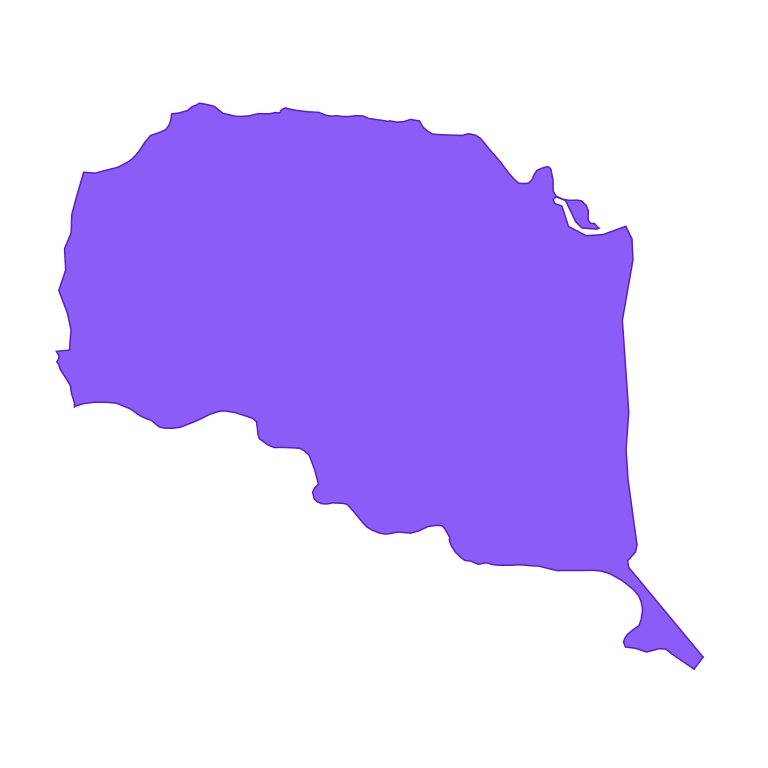 Jablah, Lattakia, Syria (Robinson projection), rotated 182°
{"feature_id": "27442178B5090378365720", "entity_name": "Jablah", "entity_type": "district", "adm_level": 2, "iso_a3": "SYR", "parent_name": "Syria", "parent_adm1": "Lattakia", "projection": "robinson", "projection_center": [36.065, 35.345], "detail": "fine", "context": "isolated", "style": "filled", "palette": "violet", "viewbox_px": 768, "rotation_deg": 182, "n_neighbors": 0, "source": "geoboundaries", "source_scale": "gbopen_adm2", "svg_char_len": 3689}
<svg xmlns="http://www.w3.org/2000/svg" viewBox="0 0 768 768"><g transform="rotate(182 384 384)"><path d="M692.6,350.3L691.5,351.2L683.1,354.0L672.4,355.7L660.5,356.0L650.8,355.5L636.8,350.3L629.4,345.5L625.0,342.9L619.7,340.8L617.7,340.3L615.8,339.9L613.6,338.2L609.2,334.7L607.2,333.4L606.6,333.0L600.0,332.1L592.5,332.5L585.9,333.7L571.6,339.9L564.1,343.7L558.3,347.0L552.0,349.5L546.7,351.2L541.8,351.5L531.7,350.2L523.8,348.0L518.8,346.5L513.7,344.9L510.2,341.9L509.4,337.4L509.0,335.1L508.2,329.2L506.6,324.9L498.3,319.3L495.2,318.0L491.7,316.7L482.4,317.1L471.8,317.0L466.1,316.8L464.3,316.0L463.0,315.4L461.7,314.8L459.5,312.9L456.4,310.4L454.1,305.1L450.3,295.8L446.0,281.6L449.9,277.6L451.6,273.4L449.7,266.6L446.5,263.9L442.1,262.2L436.8,262.1L431.1,263.4L427.1,263.3L421.4,263.3L417.9,262.8L415.7,261.5L409.2,254.7L400.1,244.4L396.2,240.6L390.9,237.6L383.5,234.9L377.8,234.0L372.0,234.8L367.1,236.1L364.0,236.5L360.5,236.4L356.1,236.0L352.1,235.9L344.1,238.4L335.2,243.0L329.0,244.2L323.7,244.6L320.7,244.2L318.1,241.2L314.4,235.4L313.1,233.3L313.2,229.9L310.7,223.9L306.3,217.9L301.1,213.2L297.2,210.6L294.1,210.2L291.5,210.2L287.1,208.4L283.2,207.1L276.1,208.8L273.9,208.7L269.9,207.4L262.9,206.9L250.9,207.3L243.4,208.0L238.6,208.0L231.1,207.5L222.7,207.4L217.0,206.1L208.6,204.3L204.2,203.5L199.4,203.8L180.4,204.5L178.8,204.6L178.1,204.6L177.1,204.7L174.9,204.8L168.2,205.1L160.3,204.6L151.9,202.4L139.3,195.9L128.1,187.7L127.5,187.3L121.9,180.9L119.4,175.3L117.7,167.7L118.8,157.5L120.7,151.6L126.1,147.4L131.9,142.4L134.6,138.1L135.6,134.3L133.5,129.6L123.4,128.6L112.3,125.3L102.1,128.4L101.0,129.0L97.1,129.0L93.2,129.0L87.0,124.3L86.0,123.7L75.3,116.9L64.2,109.8L62.3,112.6L58.9,117.4L55.4,122.4L56.4,123.2L133.1,209.3L134.3,215.9L126.8,224.8L125.5,232.0L129.8,256.7L136.8,297.2L139.8,327.1L138.4,364.3L148.0,456.0L139.5,516.8L140.9,534.2L141.2,537.6L147.8,550.1L161.2,544.7L170.8,540.8L187.2,539.3L205.1,547.9L212.4,568.1L219.7,570.4L221.4,574.4L218.4,577.0L209.0,573.7L198.0,552.7L191.6,546.8L176.6,546.2L174.4,547.3L176.4,548.5L179.0,551.6L183.2,551.9L185.7,555.0L185.8,563.2L185.9,564.1L188.1,569.6L193.2,573.9L197.5,574.5L204.9,574.0L212.0,575.0L218.8,578.0L221.7,582.8L222.2,594.0L224.8,604.7L227.3,606.8L230.2,606.4L234.4,604.9L238.6,602.8L241.4,598.2L242.5,595.3L243.4,593.0L246.2,590.1L248.7,589.4L251.9,589.3L256.5,589.3L260.8,593.0L266.5,598.9L276.2,610.9L287.4,622.9L295.9,632.7L300.9,635.8L308.3,637.1L314.3,635.2L326.0,635.1L337.3,635.2L344.4,635.5L349.7,638.5L354.1,642.3L355.7,644.9L357.7,648.2L359.7,648.4L363.0,648.8L366.5,649.4L372.0,647.4L375.2,646.7L380.8,646.2L387.2,647.2L389.8,646.6L395.0,647.4L401.0,648.0L405.7,648.6L408.1,648.6L413.5,651.0L416.7,651.2L422.0,651.2L425.9,650.4L430.8,650.0L435.4,649.9L440.0,650.5L445.5,649.9L451.2,650.5L458.7,653.2L469.3,653.4L476.4,654.0L485.2,654.9L492.0,656.5L495.9,654.7L497.9,651.2L502.2,651.5L508.5,650.0L515.3,649.9L519.2,649.8L528.3,647.3L535.7,646.4L541.1,646.4L546.4,647.3L554.7,649.1L563.3,655.6L571.1,657.2L578.2,658.2L581.7,656.0L585.3,654.6L590.1,650.3L594.0,649.2L598.3,647.7L605.7,646.6L606.3,639.9L608.0,635.0L611.1,630.5L618.1,627.2L625.9,624.3L631.3,617.4L637.5,607.2L643.4,600.2L648.3,596.6L657.8,591.2L671.9,587.2L679.6,584.7L691.6,585.1L691.8,584.4L692.6,580.9L698.4,558.1L698.7,556.7L702.0,542.2L701.9,524.3L708.0,508.1L706.1,486.8L710.5,472.0L711.9,467.5L712.3,466.2L708.2,456.5L706.0,451.2L704.7,448.2L702.9,443.8L698.6,426.9L698.8,422.9L699.0,419.3L699.1,417.9L699.5,406.9L712.6,405.2L710.0,401.0L709.7,398.6L711.7,394.7L709.7,391.9L708.1,387.4L701.9,378.4L701.1,377.2L697.4,371.5L696.0,363.7L692.8,354.7L692.6,350.3Z" fill="#8b5cf6" stroke="#5b21b6" stroke-width="1.5"/></g></svg>